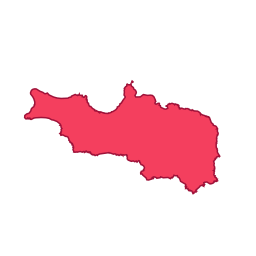 Nossa Senhora Das Dores, Sal, Cabo Verde, rotated 115°
{"feature_id": "66160863B51777192933696", "entity_name": "Nossa Senhora Das Dores", "entity_type": "district", "adm_level": 2, "iso_a3": "CPV", "parent_name": "Cabo Verde", "parent_adm1": "Sal", "projection": "albers", "projection_center": [-22.934, 16.721], "detail": "fine", "context": "isolated", "style": "filled", "palette": "rose", "viewbox_px": 256, "rotation_deg": 115, "n_neighbors": 0, "source": "geoboundaries", "source_scale": "gbopen_adm2", "svg_char_len": 5819}
<svg xmlns="http://www.w3.org/2000/svg" viewBox="0 0 256 256"><g transform="rotate(115 128 128)"><path d="M148.8,34.8L148.3,35.1L147.9,34.7L146.9,34.7L147.2,35.5L146.7,35.1L146.2,35.6L146.6,36.1L146.0,35.8L145.5,36.2L144.7,35.5L143.6,33.7L144.0,29.9L143.3,29.4L143.2,28.7L141.7,27.4L140.8,27.1L140.7,27.4L139.8,27.5L138.9,26.0L139.4,26.1L139.1,25.3L138.1,24.6L138.0,25.3L136.6,25.4L136.8,26.2L135.9,26.8L135.8,28.1L135.5,28.0L135.1,29.0L134.7,29.0L134.9,29.3L134.0,30.5L132.4,30.8L131.6,31.5L130.7,31.4L130.6,31.8L130.6,31.7L130.0,31.8L130.1,32.2L129.8,32.0L128.7,32.5L128.3,32.1L127.6,32.8L126.9,32.8L125.4,34.5L123.8,34.8L121.9,36.4L120.9,35.8L121.1,35.7L120.5,36.0L119.7,35.7L119.1,36.0L119.1,35.6L118.0,35.6L117.6,35.1L116.9,35.4L115.4,34.1L115.5,33.1L114.8,32.9L112.5,36.4L111.5,37.2L110.2,37.6L109.7,38.4L108.9,38.6L108.7,39.5L106.9,40.6L104.0,41.8L103.9,41.4L103.4,41.9L102.5,41.8L101.4,42.7L99.9,43.1L99.8,43.5L97.3,44.0L96.6,43.7L96.2,44.1L95.9,43.7L94.6,44.1L93.3,45.6L91.1,46.5L91.2,46.9L90.8,46.6L89.5,48.4L89.2,49.3L89.5,51.9L88.6,52.4L87.9,54.8L84.3,58.4L84.0,58.8L84.3,59.4L83.8,59.8L84.0,60.7L84.5,61.0L84.0,61.8L84.7,62.7L84.3,63.3L84.7,66.2L84.4,68.1L85.0,68.1L83.7,69.2L83.3,72.0L84.6,75.3L84.4,77.0L85.0,77.4L84.7,77.7L85.2,77.9L85.5,79.3L85.1,80.2L85.4,80.6L85.1,81.9L86.1,84.1L86.6,84.1L87.1,85.3L87.3,87.7L88.5,88.9L89.4,89.2L88.3,89.2L88.6,89.7L87.7,90.0L87.5,91.2L86.4,91.2L86.3,92.0L85.9,92.1L85.9,92.9L86.3,92.9L86.1,94.1L86.4,95.3L86.9,95.4L86.5,95.7L86.9,96.0L86.9,98.1L87.4,99.1L88.6,100.2L88.4,100.9L89.4,101.2L89.5,101.6L90.9,101.8L92.3,103.2L91.8,101.5L93.3,100.3L94.9,101.6L95.4,103.2L95.4,107.1L94.1,108.1L94.2,109.3L92.8,109.7L92.4,110.3L93.0,111.3L94.6,112.6L94.5,113.7L93.8,114.2L92.0,114.1L91.7,114.8L91.0,115.1L88.8,117.7L88.2,119.6L88.7,121.5L90.2,124.1L91.2,128.2L94.6,130.0L96.6,134.0L95.7,135.4L92.9,135.3L92.0,135.6L90.6,137.2L90.3,139.1L89.0,140.3L88.6,142.5L86.8,144.0L87.4,144.0L88.1,144.6L88.8,146.6L88.5,147.1L88.9,147.5L90.6,146.9L91.5,147.6L93.7,148.1L94.0,147.5L95.4,147.4L97.1,146.4L99.8,145.5L100.9,143.7L101.4,143.5L105.7,144.4L106.4,144.2L107.4,144.7L108.1,144.5L109.6,145.5L109.9,145.2L112.1,145.4L113.5,146.6L114.3,146.2L116.5,146.7L119.6,148.7L120.2,149.7L120.9,149.8L122.8,151.7L122.7,152.1L123.3,152.3L124.7,155.9L124.4,156.2L124.8,157.1L124.9,159.4L125.3,160.3L125.7,159.7L126.3,160.2L126.1,160.9L125.5,160.8L125.8,162.2L125.7,164.1L126.1,164.1L126.4,165.3L126.2,165.8L125.5,165.9L125.3,168.4L124.2,170.9L124.6,171.7L124.3,172.5L122.8,174.1L122.3,174.2L122.0,175.7L120.0,176.9L120.0,177.4L119.4,177.4L119.5,178.0L117.2,178.5L116.5,179.7L116.7,180.3L118.4,180.5L119.0,181.2L118.6,182.2L118.9,182.7L117.7,183.2L118.6,185.3L118.5,186.2L118.3,186.4L118.1,186.5L119.2,186.7L119.8,187.3L119.5,187.7L120.0,188.4L119.9,190.0L123.0,192.7L124.0,192.7L125.1,194.2L126.4,195.1L129.5,201.1L130.8,204.9L131.4,208.6L131.4,213.5L130.4,215.8L131.9,217.4L132.1,218.1L131.7,220.2L131.9,223.2L131.4,227.6L131.9,229.0L133.0,230.5L134.4,231.3L135.5,231.4L137.4,231.2L138.4,230.5L139.9,227.6L141.4,225.6L143.9,223.4L146.3,222.4L146.8,222.7L146.9,222.4L148.8,222.4L149.7,223.2L151.8,223.7L153.4,223.3L156.4,223.9L158.0,225.7L160.2,226.8L162.2,226.1L162.9,224.7L162.4,223.3L161.3,223.2L161.2,222.6L161.3,222.3L161.7,222.4L161.7,221.9L160.5,221.2L160.7,220.5L161.4,220.2L161.0,219.2L158.8,217.5L157.8,216.1L155.1,211.0L153.4,206.8L152.6,203.6L152.8,200.5L152.3,198.9L152.1,195.0L153.1,191.1L153.6,190.5L154.3,190.8L154.3,189.7L155.2,189.3L155.5,189.5L155.2,189.2L156.1,188.5L156.3,187.7L157.9,187.9L158.8,187.0L159.9,187.2L160.3,186.8L161.7,187.4L161.7,186.7L162.2,186.5L162.0,186.0L162.9,185.7L161.8,184.0L162.0,181.1L161.5,179.7L161.7,178.4L163.4,176.6L164.2,176.3L164.2,175.8L165.2,174.4L165.2,174.7L165.3,174.7L165.4,174.4L165.1,174.2L165.5,173.2L166.2,173.1L165.6,173.0L166.0,172.4L165.7,172.0L166.2,171.8L166.2,171.4L166.9,171.5L166.9,170.6L167.3,170.1L168.8,169.7L168.7,169.4L169.0,169.5L169.4,168.9L170.9,168.7L172.0,167.3L172.7,167.1L172.4,165.9L171.3,164.2L171.4,163.9L169.5,161.4L169.2,159.2L168.6,159.0L168.0,158.2L168.6,157.3L167.5,156.9L167.6,156.2L166.9,156.4L166.5,155.9L167.1,154.1L166.8,153.1L166.4,153.2L166.5,152.9L166.0,153.0L165.7,152.3L166.0,151.5L166.8,151.2L166.9,150.4L167.2,150.2L167.3,149.3L166.8,148.8L167.2,148.2L166.5,147.5L166.9,146.2L165.6,145.0L165.7,144.1L165.0,144.1L163.5,142.7L158.6,135.2L158.7,134.7L158.3,134.7L157.8,130.0L157.2,129.4L156.8,128.0L157.5,127.2L157.2,126.7L157.6,126.5L157.0,126.5L156.4,126.0L156.7,124.5L155.0,123.4L154.9,122.8L155.3,122.5L154.7,122.0L155.1,121.1L154.7,121.3L154.2,120.8L154.1,119.9L152.9,118.2L153.1,117.3L153.6,117.4L155.0,116.1L156.3,115.7L157.0,114.3L156.8,110.9L155.6,109.3L155.7,107.6L154.5,106.6L155.1,105.4L153.1,104.6L153.0,104.2L153.1,103.5L154.3,102.8L154.4,102.0L155.0,101.7L155.7,100.5L155.4,99.6L155.8,97.7L157.0,96.3L158.5,96.1L159.0,96.4L159.7,95.9L159.1,96.6L159.9,95.8L161.8,97.7L162.4,97.3L163.3,97.6L164.3,97.0L163.7,95.6L164.4,94.8L165.6,90.5L167.0,89.0L166.4,87.3L164.4,85.2L163.2,85.1L163.7,84.6L163.2,84.4L163.1,83.7L162.7,83.7L162.5,84.4L161.6,84.3L161.1,83.1L161.0,80.8L161.3,80.6L159.4,77.8L158.5,77.8L158.2,75.0L155.9,70.8L156.0,68.1L154.8,67.8L154.5,66.8L154.1,66.7L153.9,67.0L153.5,66.5L152.4,66.3L151.4,66.4L151.3,65.0L150.3,63.1L151.3,62.5L151.4,60.9L152.3,59.5L154.1,57.8L154.6,52.4L155.1,51.5L155.5,51.5L155.1,51.3L156.1,51.5L156.4,50.6L156.8,51.3L157.0,51.3L157.3,50.9L157.0,50.8L158.2,50.3L157.4,49.9L158.1,48.9L158.1,48.2L157.7,48.0L159.0,46.7L158.4,46.0L158.8,45.9L158.8,45.1L158.4,45.0L158.1,43.6L160.0,41.3L159.3,40.7L158.2,41.0L157.2,39.3L156.6,39.7L156.3,39.4L156.3,40.0L155.6,40.2L151.2,38.3L149.9,38.1L148.7,36.8L148.8,34.8ZM84.3,142.9L84.0,143.0L83.7,144.1L84.1,144.1L83.7,144.5L85.0,143.5L84.3,142.9Z" fill="#f43f5e" stroke="#9f1239" stroke-width="1.5"/></g></svg>